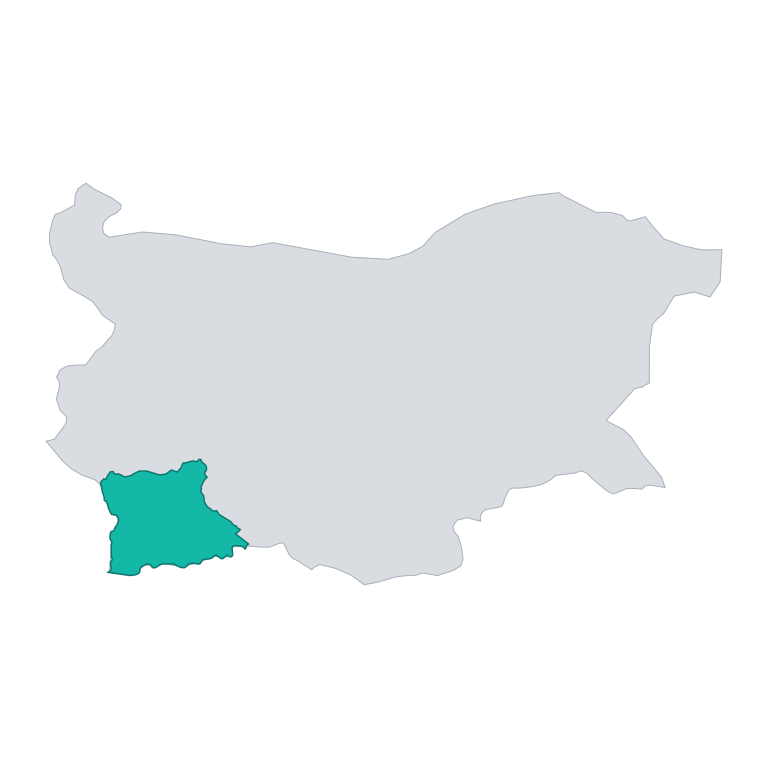 Blagoevgrad on a map of Bulgaria (Robinson projection)
{"feature_id": "BGR-3002", "entity_name": "Blagoevgrad", "entity_type": "Province", "adm_level": 1, "iso_a3": "BGR", "parent_name": "Bulgaria", "parent_adm1": "", "projection": "robinson", "projection_center": [23.441, 41.745], "detail": "fine", "context": "in_parent", "style": "filled", "palette": "teal", "viewbox_px": 768, "rotation_deg": 0, "n_neighbors": 0, "source": "natural_earth", "source_scale": "10m", "svg_char_len": 4437}
<svg xmlns="http://www.w3.org/2000/svg" viewBox="0 0 768 768"><path d="M665.1,487.5L650.3,485.1L645.2,485.8L641.9,489.1L635.0,488.5L626.6,488.5L617.8,492.3L612.9,493.9L606.2,490.4L593.8,480.0L586.3,472.7L580.7,470.8L575.2,473.0L555.4,475.5L550.8,479.7L541.7,484.4L532.5,486.6L519.3,488.2L512.3,488.0L508.5,490.3L505.3,497.2L503.2,503.9L501.2,506.6L484.8,509.9L481.2,513.8L480.2,517.6L480.6,521.3L467.4,517.7L457.2,520.1L454.9,523.0L452.8,527.1L454.1,531.6L457.9,535.9L461.5,547.5L463.0,559.1L460.9,565.7L453.4,570.4L437.7,575.6L422.5,573.1L415.9,575.2L404.7,575.8L394.3,577.2L378.5,582.0L364.1,584.7L351.2,575.1L335.8,568.5L319.7,564.5L314.1,567.4L311.7,569.7L298.2,561.1L292.2,558.0L289.2,554.7L283.6,543.3L280.2,543.0L269.2,547.2L258.5,547.0L252.1,546.2L233.0,546.7L230.5,554.5L228.1,555.7L224.0,556.8L213.8,556.3L200.8,562.0L186.9,565.5L176.0,565.6L164.8,563.9L158.1,565.2L143.6,565.8L134.4,574.2L120.1,573.7L108.1,572.3L109.6,569.7L112.1,536.2L118.0,521.3L117.8,518.2L116.6,515.9L111.3,513.5L107.5,505.4L99.7,484.2L95.2,479.9L82.8,475.4L72.0,469.3L62.8,461.2L46.1,441.2L54.6,439.2L57.2,435.2L65.7,424.2L66.7,418.8L65.8,415.7L60.2,410.5L56.3,399.0L59.3,388.2L59.6,382.6L56.7,377.2L59.8,370.3L65.9,366.6L69.7,365.5L85.8,364.8L96.0,351.1L102.2,346.8L108.6,339.0L111.5,336.2L114.3,330.2L115.3,324.0L102.6,315.4L98.3,308.9L92.7,301.7L85.0,296.8L69.6,288.3L63.7,279.7L61.0,268.5L57.0,260.0L52.5,254.5L51.7,250.0L49.8,244.5L49.4,233.6L53.1,219.2L55.5,214.1L60.7,212.7L74.6,205.0L75.3,195.2L77.8,189.1L82.2,185.6L86.3,183.3L93.8,189.0L112.2,198.1L121.1,204.7L120.7,208.8L116.5,212.9L108.5,216.9L103.8,222.1L102.5,228.7L103.7,233.3L109.2,237.3L142.3,232.0L175.8,234.8L220.8,243.7L250.6,246.9L272.6,242.7L313.5,250.2L351.6,257.2L388.1,259.3L408.5,253.8L422.7,246.4L435.0,232.5L465.2,214.2L494.6,203.9L533.2,195.5L558.9,192.7L562.6,195.5L595.8,212.4L610.5,212.4L622.4,215.4L626.8,219.9L629.8,221.0L645.4,216.8L652.6,226.1L663.8,238.9L682.5,245.6L699.2,249.4L704.4,249.9L721.9,249.7L720.1,282.0L710.0,297.0L694.1,292.0L674.1,296.2L663.8,313.3L657.8,318.3L652.5,324.3L649.4,346.5L649.3,382.8L641.7,387.2L634.7,388.6L606.0,420.6L623.1,429.5L630.7,436.4L643.4,455.4L661.4,477.0L665.1,487.5Z" fill="#d9dde1" stroke="#a8b0b8" stroke-width="1"/><path d="M108.2,572.4L110.8,570.5L111.2,568.0L110.7,565.2L110.5,562.3L110.8,561.5L112.1,560.1L112.4,559.4L112.2,558.6L111.6,557.3L111.5,556.6L111.2,547.3L111.1,545.2L111.7,543.0L111.8,542.2L111.5,541.3L110.5,539.8L110.1,539.0L110.0,537.2L110.1,535.3L110.4,533.4L110.9,531.9L111.5,531.4L113.2,531.0L113.8,530.6L114.1,530.0L114.8,528.0L115.8,526.6L117.3,524.5L118.5,521.3L118.4,518.2L116.5,515.4L115.3,514.9L112.7,514.7L111.5,514.2L110.8,513.3L108.5,508.2L107.4,503.6L106.7,502.0L106.2,501.5L104.9,500.9L104.6,500.5L104.4,500.4L104.2,499.4L104.2,497.4L104.0,496.5L102.9,493.4L102.1,490.3L101.9,487.1L101.6,485.6L100.8,484.2L100.7,484.2L100.7,482.4L102.0,480.7L103.9,478.9L106.3,479.2L107.1,476.5L110.3,471.8L113.0,471.6L114.9,474.2L118.1,473.9L121.3,475.0L124.1,476.8L127.6,476.5L130.9,475.6L134.0,473.6L139.4,471.0L141.8,471.0L143.9,471.2L146.0,470.9L159.8,475.0L166.0,474.0L171.4,470.0L177.3,472.0L180.9,468.0L183.0,463.1L187.1,462.6L190.0,461.5L193.7,460.9L195.9,461.8L197.8,460.9L199.0,459.4L200.8,459.5L201.8,462.1L204.0,463.6L205.9,465.5L206.6,468.3L206.3,470.4L204.9,472.0L205.0,474.9L207.1,477.2L204.0,480.5L201.2,486.5L201.4,489.2L200.8,491.4L202.1,493.8L203.7,495.9L204.4,502.0L207.3,506.9L210.0,508.5L212.4,510.8L214.3,511.1L216.4,510.6L217.8,512.2L218.9,514.3L231.4,522.1L232.7,524.5L234.7,525.4L236.3,526.1L237.3,527.8L240.3,529.6L238.1,532.0L235.3,533.7L248.4,543.9L248.5,544.0L248.3,544.1L246.7,545.4L246.3,546.2L245.8,548.3L245.5,548.8L244.7,548.7L244.2,548.2L243.7,547.4L242.9,546.8L239.6,545.9L235.2,545.5L232.0,546.9L232.3,551.2L232.6,554.2L232.6,555.3L231.9,556.3L230.7,556.9L229.4,556.7L227.0,555.2L226.6,556.1L226.0,556.4L225.4,556.6L224.8,557.0L223.0,558.6L221.4,558.7L216.2,555.3L215.3,555.1L212.4,557.7L210.6,558.5L208.4,559.0L206.0,559.2L204.1,559.1L202.5,559.9L200.0,563.7L198.2,564.1L194.6,563.3L191.0,563.4L188.9,564.1L186.1,566.7L185.8,566.8L184.4,567.7L180.8,567.5L173.5,564.1L162.7,563.8L160.7,564.4L157.3,566.6L155.4,567.6L153.1,567.9L151.9,566.9L150.9,565.3L148.9,564.0L146.9,564.1L144.3,565.1L141.9,566.6L140.3,568.0L139.9,569.0L139.8,571.5L139.2,572.8L138.2,573.7L137.0,574.3L134.5,575.0L129.9,575.5L108.2,572.4Z" fill="#14b8a6" stroke="#0f766e" stroke-width="1.5"/></svg>